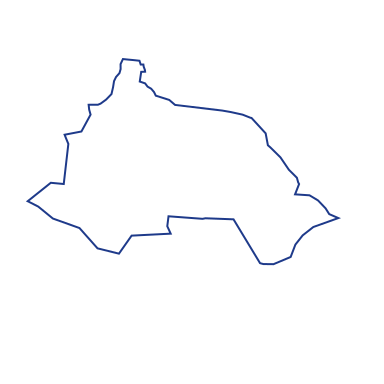 Olorunda, Osun, Nigeria (Equal Earth projection), rotated 117°
{"feature_id": "59680162B28193395760126", "entity_name": "Olorunda", "entity_type": "district", "adm_level": 2, "iso_a3": "NGA", "parent_name": "Nigeria", "parent_adm1": "Osun", "projection": "equal_earth", "projection_center": [4.578, 7.861], "detail": "fine", "context": "isolated", "style": "outline", "palette": "blue", "viewbox_px": 384, "rotation_deg": 117, "n_neighbors": 0, "source": "geoboundaries", "source_scale": "gbopen_adm2", "svg_char_len": 1097}
<svg xmlns="http://www.w3.org/2000/svg" viewBox="0 0 384 384"><g transform="rotate(117 192 192)"><path d="M280.1,229.1L258.3,226.0L238.8,192.1L233.7,198.5L224.3,201.9L211.1,170.4L209.3,168.1L197.5,142.6L224.5,99.1L224.5,98.9L223.8,95.7L219.3,86.6L205.1,74.6L191.9,76.0L180.4,73.7L168.1,68.0L148.8,49.8L149.4,59.7L145.9,65.6L142.3,75.9L141.6,85.8L147.3,99.1L136.3,100.2L135.2,101.8L131.7,105.0L128.2,115.8L121.0,128.9L116.7,142.4L115.9,145.6L106.3,153.0L99.0,172.6L99.3,173.5L100.1,182.0L103.2,193.9L105.7,202.0L122.1,246.6L120.3,254.1L122.6,268.0L120.2,271.2L118.5,275.3L118.3,279.4L116.5,283.1L117.3,288.7L108.0,291.8L107.6,291.1L106.1,288.4L104.7,289.3L102.3,291.9L100.5,293.2L101.7,295.6L98.9,298.4L101.1,304.2L103.4,310.0L104.9,313.9L110.5,313.7L114.9,311.4L119.0,310.6L124.0,311.9L128.6,311.8L134.5,309.9L141.3,308.2L148.7,310.5L154.8,313.6L156.9,315.4L161.2,323.7L165.3,321.0L169.1,317.5L188.3,318.0L198.8,331.5L201.1,328.9L205.3,324.0L243.1,309.9L247.9,322.0L274.8,334.2L274.8,322.4L278.8,303.9L275.2,275.9L285.1,250.6L280.1,229.1Z" fill="none" stroke="#1e3a8a" stroke-width="2"/></g></svg>